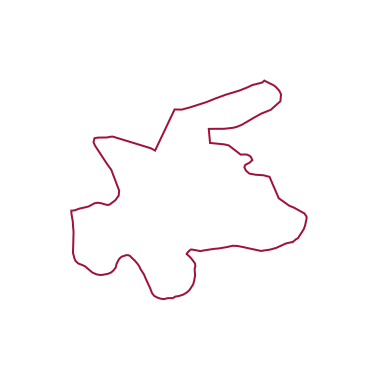 Fuwwa, Kafr ash Shaykh, Egypt (Albers equal-area conic projection), rotated 318°
{"feature_id": "37247803B18830247212538", "entity_name": "Fuwwa", "entity_type": "district", "adm_level": 2, "iso_a3": "EGY", "parent_name": "Egypt", "parent_adm1": "Kafr ash Shaykh", "projection": "albers", "projection_center": [30.568, 31.231], "detail": "fine", "context": "isolated", "style": "outline", "palette": "rose", "viewbox_px": 384, "rotation_deg": 318, "n_neighbors": 0, "source": "geoboundaries", "source_scale": "gbopen_adm2", "svg_char_len": 2637}
<svg xmlns="http://www.w3.org/2000/svg" viewBox="0 0 384 384"><g transform="rotate(318 192 192)"><path d="M320.3,157.6L317.4,157.6L308.4,152.9L302.8,151.2L295.0,148.3L288.8,145.4L282.7,142.5L272.6,138.4L263.0,134.9L255.2,131.4L247.4,127.9L239.5,123.9L234.3,119.0L215.1,127.0L192.3,136.5L190.7,132.0L180.1,114.3L170.1,97.7L167.8,96.0L165.6,94.8L164.4,93.8L161.1,90.9L158.3,88.5L155.5,86.8L152.2,89.0L151.0,92.4L147.5,115.1L146.9,121.4L138.8,142.2L135.0,145.7L129.4,146.8L123.4,146.3L122.1,146.1L120.4,145.0L118.7,142.4L117.1,139.8L114.9,137.0L112.1,135.2L105.3,133.5L102.0,131.7L97.0,128.9L92.5,127.1L90.1,125.3L90.0,125.2L89.9,125.1L89.4,125.6L88.7,126.4L87.5,128.1L85.8,130.7L83.8,134.0L80.8,137.7L77.2,142.5L72.8,147.1L69.9,150.2L68.3,151.9L65.0,155.3L62.8,157.6L61.4,160.4L60.2,162.6L59.4,165.0L59.4,167.0L59.7,169.1L60.7,171.1L60.8,171.3L62.0,173.7L62.4,174.6L62.9,176.2L63.7,182.5L64.1,185.3L64.7,186.5L65.2,187.7L66.0,189.4L68.5,192.5L70.4,193.9L74.9,196.6L78.1,197.7L79.0,197.7L81.2,197.7L84.8,197.1L87.9,194.9L92.0,193.3L94.2,192.9L96.4,193.0L98.3,193.8L101.0,195.0L102.4,196.4L102.5,196.6L102.6,196.8L103.1,197.8L103.2,200.1L103.6,204.7L103.4,209.3L103.1,211.8L102.1,215.0L101.2,220.9L99.0,227.3L99.0,227.5L96.4,235.8L94.6,240.5L94.4,244.0L95.8,247.7L97.6,250.7L99.7,253.0L102.9,254.6L106.8,258.1L107.1,258.1L109.7,258.6L112.6,260.5L116.6,262.3L121.0,263.2L124.3,263.2L128.9,262.0L131.3,261.3L135.2,258.7L135.5,258.3L136.8,257.4L138.2,256.4L142.4,251.0L144.8,249.4L146.4,247.2L146.8,243.6L147.0,240.4L146.9,237.9L146.8,237.3L146.5,234.5L147.6,234.1L149.1,234.0L149.2,233.9L149.3,233.9L149.8,233.9L150.4,233.8L152.7,234.0L153.8,235.1L154.5,236.1L156.1,238.1L158.7,241.6L159.8,242.2L161.5,243.2L167.3,247.0L170.6,249.2L173.9,251.7L181.7,256.7L181.9,256.7L182.0,256.8L182.6,257.1L185.4,258.7L186.3,259.2L188.5,261.4L189.5,262.3L192.8,266.7L194.2,268.6L195.8,270.9L196.1,271.3L198.8,275.0L203.7,281.8L205.4,283.1L206.1,283.4L208.7,285.2L211.2,286.9L217.4,290.0L218.2,290.2L227.4,293.1L232.9,296.2L233.2,296.6L234.7,296.6L237.5,296.7L239.8,297.2L249.9,294.5L253.3,292.8L259.5,288.3L260.7,286.8L261.2,283.2L257.3,271.8L255.1,267.3L252.3,254.7L257.2,240.1L259.8,232.6L258.8,231.2L256.4,227.5L250.8,221.7L246.9,216.6L246.4,212.0L247.5,208.6L249.8,207.5L254.3,208.7L258.2,208.7L259.3,204.8L258.2,201.4L256.0,199.1L253.2,196.8L250.5,182.0L247.7,178.0L238.2,167.6L241.1,163.8L246.7,156.3L258.4,166.7L265.7,171.9L269.0,173.6L274.1,175.4L288.1,178.3L295.9,180.1L300.0,181.6L305.5,183.6L318.4,183.7L323.5,179.0L324.6,175.2L324.6,170.1L324.1,167.3L321.8,161.6L320.7,158.7L320.3,157.6Z" fill="none" stroke="#9f1239" stroke-width="2"/></g></svg>